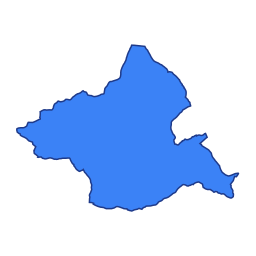 outline of Bradeni, Sibiu, Romania, rotated 181°
{"feature_id": "2599482B92641701447003", "entity_name": "Bradeni", "entity_type": "district", "adm_level": 2, "iso_a3": "ROU", "parent_name": "Romania", "parent_adm1": "Sibiu", "projection": "albers", "projection_center": [24.875, 46.06], "detail": "fine", "context": "isolated", "style": "filled", "palette": "blue", "viewbox_px": 256, "rotation_deg": 181, "n_neighbors": 0, "source": "geoboundaries", "source_scale": "gbopen_adm2", "svg_char_len": 5680}
<svg xmlns="http://www.w3.org/2000/svg" viewBox="0 0 256 256"><g transform="rotate(181 128 128)"><path d="M238.8,125.5L239.0,125.4L239.2,124.1L238.9,123.0L238.7,122.0L236.9,120.6L235.8,120.3L235.6,120.0L235.6,119.4L235.4,118.8L233.4,117.7L231.4,116.9L229.2,115.7L228.8,115.4L228.4,114.7L227.2,113.8L226.9,113.4L223.3,112.2L222.8,110.0L219.9,107.7L221.2,104.7L221.3,104.0L221.6,103.9L221.6,103.2L221.3,101.1L221.2,100.9L219.3,99.6L217.6,98.1L217.4,97.7L217.7,97.2L217.2,97.1L216.7,97.3L214.3,97.5L212.9,96.2L212.2,96.2L211.5,95.9L210.6,95.7L209.6,95.7L205.9,96.7L205.3,96.8L203.4,96.4L201.2,95.5L200.3,95.6L199.0,95.4L197.5,95.6L196.4,96.1L194.4,96.2L193.0,96.6L189.4,96.7L187.7,96.9L186.0,96.9L185.5,96.5L185.1,95.4L184.5,94.1L183.1,91.7L182.5,91.0L181.6,90.7L181.5,90.4L181.5,89.8L181.4,89.2L180.4,88.1L179.3,86.3L178.4,85.4L176.5,84.1L175.6,83.8L173.8,84.7L172.8,85.0L172.0,85.8L170.6,83.0L169.4,81.9L167.8,79.8L166.6,78.6L165.5,77.1L164.7,75.6L164.5,74.6L164.4,73.3L163.5,71.1L163.3,70.3L163.6,67.7L163.2,65.9L164.4,62.5L165.2,61.0L165.4,60.1L165.3,59.4L165.0,58.4L165.0,57.7L165.2,56.6L165.3,52.9L163.0,52.8L161.0,52.1L161.4,51.3L159.4,50.2L156.7,49.1L154.2,48.4L153.0,48.3L150.7,48.0L149.8,47.5L148.4,47.0L142.9,47.1L140.3,47.9L138.4,49.1L137.6,49.3L135.6,49.0L131.6,47.7L130.8,47.3L128.7,47.1L127.9,47.2L127.2,46.8L127.2,46.7L127.2,46.3L126.9,46.1L126.4,45.9L125.9,46.0L125.4,45.6L123.7,45.3L123.0,45.1L122.2,45.3L120.2,46.3L117.1,47.0L115.7,47.8L115.3,47.8L114.5,47.4L113.9,47.4L112.7,47.0L111.6,48.2L111.4,48.6L109.2,49.4L108.9,49.9L108.4,50.2L104.0,50.5L101.5,51.2L98.9,51.6L97.0,53.2L96.8,53.8L96.5,54.2L95.8,54.8L93.2,55.9L92.2,56.8L91.5,57.6L90.3,58.3L88.2,58.8L86.3,59.7L82.8,62.4L82.5,62.8L82.0,63.2L79.6,64.4L79.0,65.1L78.5,66.1L77.1,68.1L75.3,69.8L74.3,70.5L72.6,72.0L71.9,72.4L70.7,72.3L69.4,72.0L67.9,71.1L66.6,71.1L66.0,71.5L64.7,71.8L63.2,72.6L62.6,72.8L61.7,72.6L61.3,73.3L59.8,74.3L58.2,74.9L56.9,75.2L56.2,75.2L55.6,74.9L52.7,73.3L52.5,73.0L51.8,69.9L51.6,69.7L50.8,69.5L49.7,68.6L47.4,67.9L45.4,67.9L44.9,68.0L44.1,67.7L43.7,67.2L42.4,66.6L41.2,65.4L40.4,65.4L39.5,66.0L38.5,65.9L37.8,65.8L37.1,64.9L36.3,64.5L35.5,64.5L33.7,63.7L33.0,63.6L32.2,63.9L31.2,63.8L30.2,63.2L28.2,61.4L27.3,60.9L24.6,59.9L23.8,59.8L23.3,59.9L22.6,60.3L21.6,61.2L21.4,63.2L21.5,64.1L22.0,64.7L22.1,65.1L22.1,66.8L22.1,67.4L23.9,70.4L24.0,70.9L23.9,72.2L24.6,73.5L23.5,74.9L21.8,77.2L20.6,81.4L19.2,81.2L18.8,81.2L17.9,82.4L16.9,84.1L16.8,84.5L17.0,84.7L17.3,84.7L19.9,84.3L23.8,82.6L25.9,81.9L26.9,81.8L29.6,82.8L30.2,83.2L33.1,85.4L34.6,88.0L35.6,90.7L35.7,91.6L39.3,95.9L40.4,97.0L40.6,97.5L42.9,100.3L43.8,102.3L44.2,104.0L44.4,104.5L45.0,105.2L45.9,106.2L47.0,107.5L53.2,111.2L53.6,111.4L53.9,111.8L54.0,112.2L54.3,112.3L54.4,112.8L54.7,112.8L55.1,113.2L55.8,113.7L49.2,119.8L49.2,119.7L48.7,120.1L50.4,123.9L51.3,123.6L52.5,122.5L53.7,121.9L55.0,121.8L56.2,122.2L57.7,122.1L59.4,121.3L59.6,122.0L60.0,121.9L61.2,121.3L62.3,120.4L62.9,120.5L63.6,120.3L64.4,119.2L65.0,118.7L67.8,117.4L69.7,117.4L70.7,117.9L71.2,117.6L72.0,116.5L73.3,116.2L73.6,115.9L73.6,115.5L74.1,115.4L75.1,114.3L76.2,113.5L76.5,112.9L77.3,112.1L77.6,112.0L78.4,112.0L79.6,112.6L81.0,112.8L81.1,113.4L81.8,115.5L81.9,116.3L81.8,117.2L81.4,117.5L81.3,117.9L80.8,118.5L80.6,119.1L80.6,119.7L81.8,121.8L82.6,122.3L83.2,123.5L83.7,124.4L84.2,125.7L84.7,126.7L85.0,127.5L85.2,129.6L84.8,132.1L84.8,134.3L84.7,134.8L84.2,135.7L83.4,136.4L82.6,137.4L81.4,138.2L79.6,139.8L78.2,141.5L77.5,142.3L76.6,143.6L74.7,145.0L74.5,145.3L73.3,147.2L72.1,147.8L70.5,148.8L68.4,150.2L65.8,151.1L65.8,151.7L66.4,153.3L66.6,154.7L67.8,155.7L68.6,157.4L71.2,159.9L71.1,160.2L70.8,160.6L70.7,161.1L70.5,162.9L70.5,164.8L70.7,165.9L71.2,167.0L72.5,169.2L72.8,169.2L72.8,169.9L73.2,170.3L73.5,170.8L73.8,171.2L74.5,171.6L74.5,172.5L76.0,174.2L76.6,175.3L77.0,175.9L77.4,177.1L77.8,177.2L78.2,177.8L80.8,180.6L83.0,182.3L83.5,182.6L83.9,183.2L84.9,184.4L85.5,184.6L87.5,185.0L89.0,184.6L89.0,184.9L89.2,185.3L89.3,186.0L90.3,187.7L90.7,188.1L91.6,188.7L92.6,189.6L94.9,191.2L95.1,191.5L95.8,191.9L96.5,192.0L98.9,193.5L101.7,194.6L103.1,195.4L104.5,196.9L105.5,198.4L106.4,199.8L107.0,201.1L109.2,204.8L109.8,206.1L110.9,207.1L111.5,207.8L112.6,209.9L122.9,210.8L125.7,210.9L125.9,210.2L126.1,210.0L126.0,209.7L127.0,208.0L127.0,207.7L127.3,207.5L127.6,206.3L128.9,203.7L129.7,201.6L130.4,199.1L130.8,198.1L131.0,196.7L131.5,195.2L132.1,194.1L132.5,193.0L133.6,191.4L135.0,188.3L135.5,186.8L136.0,185.3L136.2,183.1L136.1,181.7L136.3,180.2L136.5,179.1L137.0,177.9L137.8,177.2L139.4,176.2L143.0,175.0L145.2,174.2L146.7,174.1L147.8,173.2L148.6,171.8L149.5,169.9L151.2,168.0L151.8,167.0L152.5,162.3L152.6,162.0L152.8,161.8L153.3,161.6L154.9,161.3L155.6,161.1L156.7,160.3L159.4,159.3L161.9,158.8L163.1,158.9L165.3,159.8L166.6,159.8L168.7,160.2L169.7,161.9L170.2,162.9L170.8,163.2L171.8,163.4L172.8,163.7L173.5,164.4L174.2,164.1L175.7,162.7L176.7,162.1L177.8,161.6L179.4,161.2L179.8,160.7L180.6,160.4L182.3,158.9L183.4,158.2L184.4,157.1L185.2,156.0L186.3,155.2L187.1,155.1L188.7,155.5L190.5,155.6L191.1,155.3L191.8,154.4L192.6,153.9L193.5,153.5L195.8,153.0L198.3,153.7L199.1,153.0L199.5,152.2L201.2,151.2L201.9,150.5L202.3,149.7L202.8,148.3L203.0,146.9L203.2,146.3L203.9,145.3L204.4,144.8L204.9,144.7L207.0,144.8L210.0,144.5L210.6,144.7L212.4,144.7L213.5,144.2L214.5,143.7L215.5,143.0L216.1,142.8L216.0,141.4L216.0,139.9L216.1,137.9L216.4,137.2L216.1,136.7L215.9,136.0L215.9,135.5L216.0,135.3L216.8,135.1L220.8,133.0L223.3,131.9L227.8,131.9L228.2,131.3L228.7,130.0L229.1,128.7L229.4,128.1L231.1,127.0L231.9,126.6L232.9,126.4L235.0,126.4L236.4,126.2L237.3,126.1L238.8,125.5Z" fill="#3b82f6" stroke="#1e3a8a" stroke-width="1.5"/></g></svg>